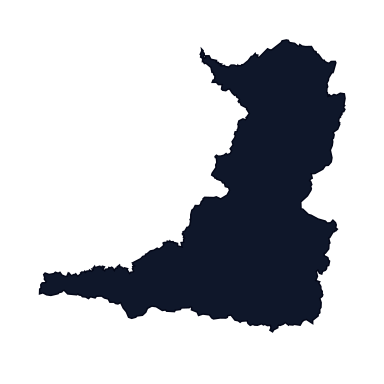 Ban Rai, Uthai Thani, Thailand, rotated 266°
{"feature_id": "78962969B36547770218976", "entity_name": "Ban Rai", "entity_type": "district", "adm_level": 2, "iso_a3": "THA", "parent_name": "Thailand", "parent_adm1": "Uthai Thani", "projection": "orthographic", "projection_center": [99.463, 15.37], "detail": "fine", "context": "isolated", "style": "filled", "palette": "ink", "viewbox_px": 384, "rotation_deg": 266, "n_neighbors": 0, "source": "geoboundaries", "source_scale": "gbopen_adm2", "svg_char_len": 5977}
<svg xmlns="http://www.w3.org/2000/svg" viewBox="0 0 384 384"><g transform="rotate(266 192 192)"><path d="M121.4,39.8L120.0,38.3L116.9,39.1L115.4,38.6L112.6,40.3L111.8,39.4L111.8,36.2L110.0,34.7L106.7,34.7L105.8,33.3L101.0,32.8L101.8,36.2L99.6,39.8L98.7,44.0L99.9,51.3L101.0,52.4L101.4,55.1L102.6,56.2L102.8,57.7L99.0,60.9L97.5,69.9L98.4,71.0L97.1,72.2L96.7,74.3L95.2,75.3L94.7,78.6L92.9,81.3L94.6,83.4L93.1,88.0L94.7,89.4L94.5,94.6L92.4,97.2L91.1,101.0L87.8,102.4L87.5,106.5L86.1,108.0L85.5,110.3L86.7,113.1L81.0,115.3L77.1,118.1L71.5,120.0L70.2,123.0L71.0,127.1L72.2,128.5L72.5,134.0L75.3,137.5L79.0,139.4L81.0,143.9L80.1,148.3L75.9,154.1L76.2,157.4L74.9,158.3L73.9,166.2L75.3,167.0L75.6,172.2L77.1,173.2L76.8,181.2L77.8,182.1L76.7,183.7L74.5,183.2L71.9,188.7L68.4,189.9L69.5,194.3L68.2,200.9L65.0,202.9L63.9,204.6L64.4,211.3L63.9,217.0L64.5,218.5L66.2,219.0L66.5,222.3L61.2,225.9L60.3,229.2L58.7,230.9L59.7,232.5L59.7,238.0L57.0,238.7L54.9,240.8L55.8,243.5L54.9,245.0L54.5,248.0L55.7,252.1L54.4,254.0L55.0,255.4L53.5,257.8L53.5,260.9L50.8,261.3L48.7,260.1L46.9,262.6L48.8,263.9L50.6,268.1L52.3,268.3L53.2,269.3L52.8,270.7L53.8,273.9L55.3,275.9L52.4,279.1L53.3,280.1L52.7,280.8L52.3,283.4L52.9,284.8L51.6,290.6L54.9,292.8L56.3,294.7L56.8,297.3L52.4,303.2L55.6,303.4L59.6,309.2L61.4,309.3L62.6,311.1L66.0,311.2L67.9,312.6L72.8,313.1L76.9,312.0L78.9,314.7L80.5,315.3L81.6,314.7L83.8,315.0L85.9,313.8L88.9,313.9L92.4,312.1L93.5,313.1L95.1,309.3L99.2,311.3L104.0,310.4L105.3,312.1L102.0,313.5L101.1,315.7L103.7,316.7L104.6,319.6L106.0,320.8L108.7,321.3L109.2,323.2L113.5,324.4L114.4,323.4L117.1,322.9L119.2,319.5L121.3,319.5L121.9,319.9L121.7,320.8L125.7,324.4L130.7,325.0L131.5,326.0L136.3,325.1L137.0,326.3L142.2,329.9L142.5,331.2L143.3,331.6L143.1,332.6L144.8,334.4L146.2,332.8L149.1,333.6L151.4,333.0L154.1,330.6L151.6,328.1L151.6,324.7L153.7,323.0L156.3,315.8L160.6,309.1L161.4,306.6L167.2,301.3L167.4,299.6L174.5,299.8L180.1,306.9L185.6,310.8L187.1,311.3L189.6,310.7L191.0,312.0L194.0,311.2L195.1,310.1L196.7,311.3L197.4,312.9L201.9,312.1L201.9,315.9L205.7,324.2L209.1,326.9L209.1,329.9L212.3,333.0L216.4,334.0L224.2,332.9L228.5,335.1L232.3,335.9L234.8,335.6L235.9,336.9L239.2,337.8L241.6,336.9L244.5,341.7L249.3,344.1L250.5,343.4L250.8,344.1L252.1,343.1L255.3,343.8L256.4,345.4L257.2,345.2L259.3,347.1L259.7,346.3L261.3,347.5L261.6,349.0L263.8,350.3L265.2,349.2L266.8,349.4L267.5,350.4L268.6,349.7L274.7,351.2L279.3,350.8L280.2,346.8L278.4,343.0L279.4,340.4L277.8,337.4L279.5,335.7L279.0,334.5L278.2,335.4L277.8,334.4L281.8,333.9L282.0,333.3L286.1,333.8L287.5,334.7L291.1,334.1L293.8,335.8L296.3,336.3L301.3,339.8L301.2,340.9L302.1,341.4L310.9,344.5L312.3,344.0L312.5,339.9L311.1,338.2L311.1,336.6L312.9,333.6L314.2,333.2L314.4,331.5L320.6,327.6L321.3,325.8L323.4,325.5L324.1,323.6L328.8,321.3L329.1,315.3L329.9,312.0L331.6,309.8L330.0,308.9L330.0,308.0L333.1,304.8L334.3,299.6L336.6,298.6L337.1,296.7L336.5,292.4L334.8,291.3L328.2,281.4L328.3,279.6L329.6,277.4L321.5,268.3L322.2,266.6L324.0,267.2L324.4,265.1L325.8,264.7L323.4,262.3L323.0,260.5L319.2,257.3L315.5,252.1L315.5,250.6L314.7,250.4L314.7,246.7L315.3,246.5L314.4,245.8L315.7,242.8L315.9,239.8L313.7,236.9L314.3,236.5L314.9,233.7L316.0,233.3L315.6,229.7L316.3,229.3L317.5,230.6L318.6,227.0L319.4,227.3L320.3,225.0L321.5,225.6L323.1,220.1L326.7,218.5L326.9,215.1L324.9,215.0L324.4,213.7L326.8,213.0L327.4,213.8L329.5,213.8L331.0,212.6L332.1,213.0L334.0,211.5L332.1,211.6L328.7,209.8L327.7,210.6L326.0,210.0L324.5,212.0L321.3,211.5L321.3,212.4L319.3,213.3L319.5,214.9L315.0,219.6L310.0,220.3L309.9,221.5L307.5,221.9L306.3,223.0L303.5,222.6L302.1,221.5L302.1,220.8L300.0,219.8L299.7,224.0L297.3,225.8L297.0,229.7L292.6,228.6L291.4,229.7L290.7,232.8L292.1,235.0L292.0,236.8L288.0,239.0L285.5,241.2L286.0,242.5L283.3,243.5L282.5,245.1L281.1,245.8L279.2,244.4L278.2,245.0L278.6,245.5L278.0,246.2L275.3,247.1L272.0,252.5L270.9,252.2L266.4,254.7L263.6,252.3L263.1,252.6L262.6,251.2L261.7,251.8L260.3,250.3L261.4,247.9L259.6,243.7L255.9,242.4L254.5,243.3L253.6,242.5L253.0,243.2L251.2,241.6L249.1,241.3L249.0,239.2L246.4,238.4L245.5,239.3L243.1,238.4L239.4,235.5L236.1,236.3L232.5,233.1L230.2,234.4L227.7,232.8L226.8,229.7L228.0,228.7L226.5,226.5L225.8,223.3L225.9,220.5L227.0,219.0L225.8,217.5L224.7,217.7L224.5,218.7L219.6,218.8L217.3,217.5L214.8,217.7L209.3,213.4L207.5,212.8L205.8,215.2L204.2,216.0L204.3,217.0L203.1,217.6L201.1,222.3L199.1,223.1L198.5,225.0L195.1,225.6L194.0,228.8L191.0,229.6L186.5,226.8L183.1,220.1L185.5,215.9L184.9,213.5L185.8,204.2L184.4,202.5L183.1,202.4L181.7,200.6L178.7,199.5L177.9,197.6L178.3,194.3L175.2,192.5L173.9,190.6L169.5,189.2L165.0,188.9L164.8,188.2L163.2,188.6L159.2,187.6L157.1,186.0L157.1,184.5L153.5,182.1L153.0,180.3L151.6,180.3L151.3,179.6L150.1,179.6L149.5,181.0L147.1,180.3L146.5,181.4L145.1,180.3L142.4,180.2L142.3,177.6L137.9,178.4L139.1,173.9L141.7,174.0L142.7,171.2L142.5,170.4L143.8,169.7L143.8,167.1L144.8,166.5L144.1,166.0L144.7,163.8L143.5,163.4L143.6,160.6L143.1,159.6L141.4,160.1L140.1,159.5L137.2,155.2L138.4,153.3L136.6,150.0L136.1,146.3L133.5,142.9L133.1,141.3L131.7,141.1L131.1,138.3L129.1,136.3L125.4,127.7L124.9,128.4L124.0,127.9L122.3,129.5L121.8,127.6L119.8,128.0L119.6,127.3L116.9,128.3L116.2,127.1L116.3,125.5L115.0,124.0L119.1,121.8L120.0,122.4L121.1,119.2L120.3,117.9L121.9,116.7L122.4,114.9L124.2,114.6L122.4,112.0L121.2,111.9L121.2,110.4L119.0,109.0L122.1,107.4L122.6,106.4L121.9,105.3L122.5,103.8L121.2,103.4L120.9,100.2L119.5,99.4L120.8,97.6L123.5,99.4L124.2,97.3L122.8,96.1L124.4,94.9L123.5,90.9L123.9,89.7L124.6,89.6L123.3,88.4L122.8,89.6L123.1,88.3L121.7,88.1L122.0,87.0L120.8,87.6L119.9,86.0L121.2,84.4L120.5,84.3L120.4,81.5L119.2,80.2L120.5,79.5L119.6,78.6L119.8,76.3L119.0,75.3L118.3,75.6L115.9,72.1L118.5,70.3L117.6,69.4L118.0,68.7L116.9,65.7L119.6,63.7L119.0,63.2L119.7,62.8L116.6,61.3L116.6,59.6L118.2,56.4L121.1,54.7L120.3,52.8L121.5,50.1L120.2,48.5L119.7,43.6L121.4,39.8Z" fill="#0f172a" stroke="#020617" stroke-width="1.5"/></g></svg>